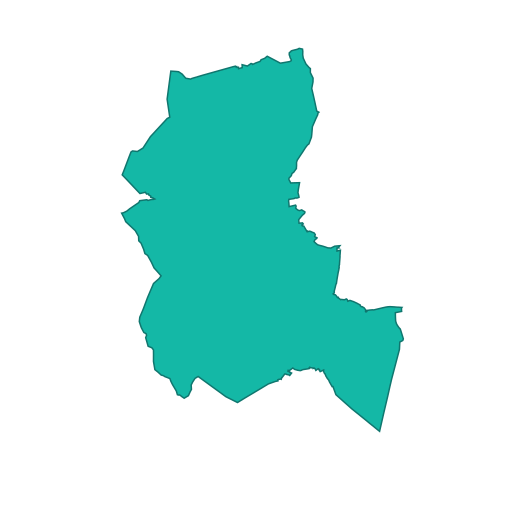 outline of Huandacareo, Michoacán, Mexico, rotated 256°
{"feature_id": "50627088B50995468211196", "entity_name": "Huandacareo", "entity_type": "district", "adm_level": 2, "iso_a3": "MEX", "parent_name": "Mexico", "parent_adm1": "Michoacán", "projection": "robinson", "projection_center": [-101.283, 19.994], "detail": "fine", "context": "isolated", "style": "filled", "palette": "teal", "viewbox_px": 512, "rotation_deg": 256, "n_neighbors": 0, "source": "geoboundaries", "source_scale": "gbopen_adm2", "svg_char_len": 5657}
<svg xmlns="http://www.w3.org/2000/svg" viewBox="0 0 512 512"><g transform="rotate(256 256 256)"><path d="M140.4,146.2L139.7,147.5L139.7,148.3L137.4,150.1L135.4,151.9L136.8,156.6L140.1,159.2L142.2,161.1L144.9,161.6L146.5,161.9L149.1,164.1L152.0,167.2L153.1,170.7L136.5,184.6L133.3,187.3L126.8,192.7L118.3,202.6L120.9,210.8L126.3,228.7L126.9,230.6L128.9,237.1L129.6,244.5L129.5,247.1L130.1,247.2L130.6,247.2L130.8,248.0L130.6,249.9L130.7,250.3L130.3,250.7L131.8,251.6L131.8,251.9L133.6,254.2L134.5,255.2L134.3,256.3L133.6,257.1L132.7,259.1L131.9,259.8L133.8,262.2L134.7,261.1L134.8,260.6L135.4,260.7L136.3,259.1L137.3,259.5L136.8,260.7L138.4,264.6L136.6,266.1L135.5,268.1L135.3,268.3L134.2,270.8L134.0,271.6L134.4,273.8L134.4,274.3L134.0,278.7L133.9,280.5L134.2,281.0L134.8,280.7L135.1,281.3L134.5,281.8L133.2,285.0L133.1,284.9L133.1,285.3L132.4,286.0L130.5,286.4L131.5,288.7L131.6,289.2L130.5,290.0L130.3,289.6L128.3,290.3L128.9,293.5L128.7,293.4L128.6,293.6L128.6,293.9L128.3,293.7L128.2,293.6L126.1,293.9L125.3,294.1L125.0,294.5L124.8,294.5L122.5,294.8L120.7,295.4L120.4,295.4L118.0,296.5L117.6,296.6L117.1,296.7L116.5,296.7L115.7,296.9L110.8,298.3L110.7,299.1L102.1,300.0L91.8,307.0L84.5,312.0L71.7,321.7L69.3,323.5L67.1,325.1L58.6,331.5L56.0,333.5L72.8,342.0L88.5,350.1L97.1,354.4L103.9,357.9L130.7,372.6L137.7,374.7L138.5,378.0L139.5,378.6L139.9,378.9L142.3,378.8L144.0,378.7L147.6,378.5L147.9,378.5L150.3,378.3L151.5,377.6L152.6,377.1L153.7,376.7L155.8,376.0L157.8,375.8L158.0,375.8L159.3,375.8L162.9,376.5L167.3,377.5L167.0,383.9L167.7,384.0L169.2,384.3L170.5,384.7L170.8,385.1L172.0,381.4L172.0,381.2L173.1,378.0L174.4,373.9L174.6,372.9L174.8,371.7L175.0,369.8L175.1,366.1L175.2,357.2L175.6,356.0L176.1,353.0L176.1,352.8L176.1,352.5L176.4,350.5L175.5,350.2L175.4,350.2L175.1,349.5L175.3,348.9L175.6,348.8L176.3,349.1L177.2,349.3L177.4,349.3L177.7,349.2L178.1,349.0L179.2,348.5L179.5,348.4L181.1,346.8L181.2,346.3L181.4,345.8L182.3,345.4L182.5,345.2L182.7,345.3L183.2,345.3L183.3,345.1L183.6,344.9L184.0,344.5L184.2,344.2L185.3,343.0L185.8,342.5L186.1,342.1L188.2,339.5L188.9,338.4L190.2,336.4L190.1,335.6L190.0,334.9L189.9,334.2L191.1,334.1L191.6,333.9L192.2,333.6L192.5,333.2L192.2,331.5L192.2,331.3L192.2,331.0L192.6,330.0L193.3,328.0L193.2,327.5L193.4,327.4L195.3,325.9L196.0,325.8L195.9,325.2L196.2,325.1L196.2,324.9L197.6,324.4L199.1,323.7L200.0,321.9L200.6,321.7L200.9,322.5L201.8,323.2L202.2,323.3L202.5,323.2L203.5,323.7L205.9,325.0L209.4,326.8L209.7,327.3L212.7,328.5L216.4,330.1L220.0,331.7L223.0,333.2L224.0,333.4L224.2,333.8L226.2,334.2L227.9,335.1L228.2,335.1L235.1,337.4L235.5,337.4L241.2,339.3L241.2,336.2L241.2,335.8L244.1,336.5L243.9,338.0L244.1,337.8L245.7,339.9L246.5,334.8L245.6,330.6L246.5,327.7L246.7,327.4L248.2,325.1L249.3,323.3L249.6,322.8L251.5,319.2L251.8,318.9L252.1,318.4L254.2,316.9L255.9,315.8L257.6,317.2L258.3,319.2L259.0,319.6L259.9,318.3L260.6,317.6L262.4,318.7L264.3,318.0L265.8,315.9L266.6,315.0L267.2,313.7L267.1,312.1L267.7,311.9L267.4,311.4L273.5,309.6L274.0,308.2L275.0,308.0L275.7,309.6L276.9,309.1L277.4,305.7L280.9,306.2L284.3,310.8L285.5,313.2L286.2,313.9L287.1,314.1L287.7,313.5L288.3,312.8L289.7,311.5L289.5,309.2L290.2,308.0L291.6,306.8L292.8,306.1L294.7,307.0L295.8,306.7L295.9,300.1L299.5,300.7L301.4,300.9L303.0,301.6L302.5,306.8L302.8,308.1L302.4,309.4L302.3,310.5L302.6,312.0L305.1,312.1L307.2,312.0L310.1,313.1L316.6,316.0L318.5,307.3L319.6,307.1L322.4,306.4L323.5,306.8L325.4,309.7L327.4,310.9L328.1,312.8L328.8,313.6L330.6,315.7L330.7,315.8L330.9,316.3L331.7,316.5L333.5,317.1L333.8,317.2L337.1,318.0L339.0,319.2L344.0,324.6L345.2,326.0L349.0,330.0L351.2,332.7L352.0,334.5L356.1,337.3L357.8,338.5L360.4,339.5L367.8,342.0L374.5,347.1L378.2,350.1L379.5,350.5L380.3,351.8L381.9,350.0L387.7,350.2L390.5,350.3L397.9,350.5L405.1,350.6L411.1,353.4L414.8,354.4L418.1,353.7L420.8,353.1L424.7,354.1L426.0,353.1L430.3,350.9L436.5,349.7L439.9,350.0L443.2,350.9L445.5,351.2L447.0,348.2L446.9,347.4L446.6,346.4L446.6,345.5L446.6,341.2L446.5,340.0L446.2,339.3L445.8,339.0L445.3,337.6L444.3,337.2L443.0,336.9L442.3,337.1L440.2,337.1L439.9,337.2L439.2,337.3L438.7,337.5L438.0,337.7L437.8,337.7L437.6,337.6L437.0,337.4L436.5,335.8L437.2,326.3L442.3,320.6L447.1,315.2L446.7,314.3L445.7,312.2L445.2,308.4L443.8,307.0L443.4,302.7L442.7,299.1L443.4,298.8L443.5,298.4L444.0,297.8L442.4,293.6L445.0,288.8L442.1,288.2L442.1,287.6L442.0,284.4L443.4,284.6L443.6,283.1L444.5,283.1L444.6,281.8L445.2,281.8L445.2,279.2L444.3,248.0L443.9,239.1L443.8,236.7L443.5,235.2L443.9,234.4L445.5,230.8L450.3,228.4L453.5,225.5L454.4,223.1L456.0,218.1L452.0,216.5L429.7,207.7L411.5,205.9L410.9,203.1L406.5,196.4L397.4,182.5L388.1,172.5L386.1,166.2L387.8,161.6L387.2,159.9L383.4,157.2L370.4,148.2L367.1,145.8L361.9,148.8L352.1,154.3L344.7,158.5L344.6,163.8L344.6,164.1L342.6,164.8L342.2,166.7L341.0,166.8L339.5,168.4L338.4,168.1L337.5,169.8L335.8,171.5L335.7,170.3L336.1,167.9L336.1,166.5L336.0,164.6L337.0,163.7L337.8,156.6L336.2,155.2L335.0,151.9L332.4,144.9L330.8,141.5L330.0,137.7L330.1,136.0L323.8,137.5L320.8,137.9L319.4,138.8L309.8,145.0L303.5,146.8L299.1,145.9L296.2,147.6L289.7,148.6L285.2,148.8L282.8,151.0L275.3,153.0L271.2,153.8L269.1,154.2L264.6,156.6L259.7,159.1L257.6,156.6L257.1,155.7L255.2,152.0L254.1,149.9L241.9,140.7L232.7,134.4L230.5,132.8L224.7,128.4L220.6,126.9L216.3,127.2L214.1,127.4L211.3,128.1L208.9,128.7L207.2,130.6L205.4,130.6L203.5,129.2L194.5,129.5L192.2,132.7L189.7,133.8L185.5,132.8L178.4,131.0L170.2,130.4L167.2,132.7L163.4,135.2L162.4,137.1L161.0,138.4L159.5,140.6L157.9,142.8L155.0,143.1L151.8,143.8L150.7,144.1L144.4,146.0L140.4,146.2Z" fill="#14b8a6" stroke="#0f766e" stroke-width="1.5"/></g></svg>